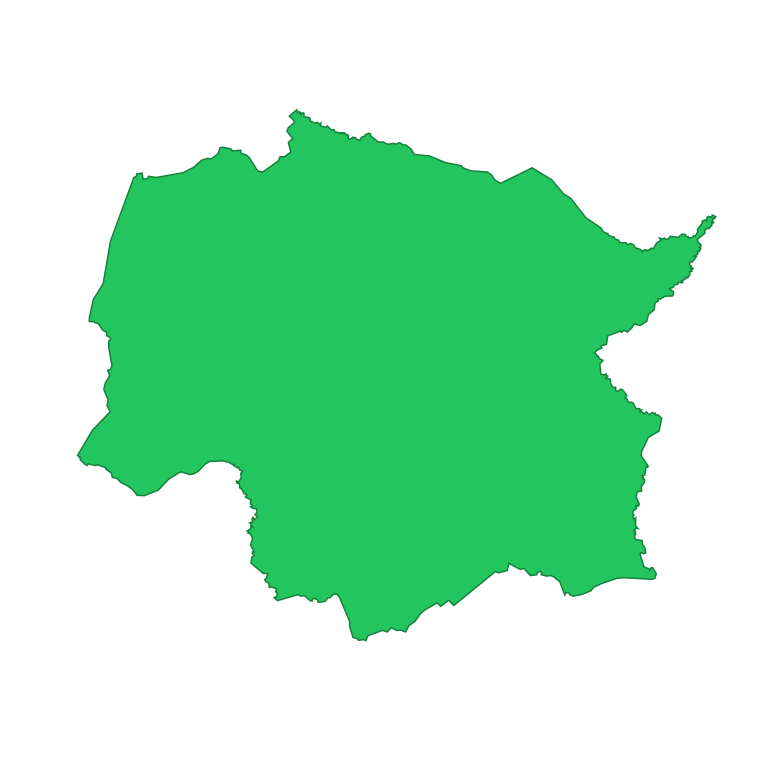 the district of Mueang Udon Thani, Udon Thani, Thailand, rotated 279°
{"feature_id": "78962969B37195167988634", "entity_name": "Mueang Udon Thani", "entity_type": "district", "adm_level": 2, "iso_a3": "THA", "parent_name": "Thailand", "parent_adm1": "Udon Thani", "projection": "robinson", "projection_center": [102.8, 17.39], "detail": "fine", "context": "isolated", "style": "filled", "palette": "green", "viewbox_px": 768, "rotation_deg": 279, "n_neighbors": 0, "source": "geoboundaries", "source_scale": "gbopen_adm2", "svg_char_len": 6134}
<svg xmlns="http://www.w3.org/2000/svg" viewBox="0 0 768 768"><g transform="rotate(279 384 384)"><path d="M235.4,157.5L236.2,164.7L243.8,177.6L256.6,186.5L264.6,195.8L265.5,197.5L264.2,206.3L265.5,210.1L268.9,214.4L276.7,219.7L280.2,223.9L282.8,236.6L282.3,243.1L280.6,247.4L281.1,249.1L279.6,248.6L278.3,252.1L279.1,253.3L276.4,254.9L275.9,258.1L273.2,256.4L269.5,257.7L264.7,256.0L265.1,253.5L263.2,254.0L262.9,256.7L258.7,257.9L257.9,260.0L254.0,262.8L253.1,266.1L250.6,264.8L248.6,270.9L244.8,270.6L243.2,273.3L241.8,271.3L240.5,274.7L241.1,277.1L237.6,278.8L234.7,277.0L233.0,280.1L229.9,277.2L231.8,275.5L229.9,274.7L227.7,276.0L226.0,273.4L226.0,274.7L225.0,274.1L222.4,276.6L222.6,274.7L220.5,275.3L217.4,271.9L217.3,273.4L215.4,273.0L215.4,275.1L211.3,278.3L203.8,277.5L198.0,282.0L197.5,280.3L196.0,280.5L194.5,282.7L192.3,280.6L186.3,280.6L178.0,294.4L178.5,298.9L173.2,298.2L172.5,296.9L170.6,297.6L169.3,301.2L165.1,302.6L165.9,304.4L165.0,310.2L161.7,309.5L161.4,311.0L157.3,311.5L155.9,308.9L153.4,312.7L162.4,331.9L161.5,335.0L162.4,338.6L158.4,345.1L158.4,347.0L160.6,347.3L161.3,349.1L160.2,352.4L158.2,353.0L159.1,357.4L160.4,360.0L164.2,362.2L164.5,364.0L168.6,367.2L169.1,370.2L166.7,373.2L144.1,387.2L139.4,387.9L128.8,393.0L128.3,397.3L126.9,398.8L128.3,404.0L127.7,406.3L132.8,407.4L140.5,421.2L139.5,425.9L144.3,429.3L142.6,435.4L143.5,439.0L142.5,444.2L149.2,446.4L154.5,451.8L163.5,456.3L168.0,460.6L176.2,470.8L173.2,474.7L180.4,481.7L176.2,487.6L216.2,523.4L215.5,526.6L219.0,534.8L226.3,535.5L222.2,547.4L223.8,551.0L217.7,558.5L219.5,564.7L221.9,565.0L223.3,567.5L222.7,569.2L220.3,569.1L219.7,574.7L220.9,578.6L220.0,581.9L216.1,588.6L204.0,595.6L205.9,595.9L207.0,598.9L204.8,600.8L204.1,604.1L207.2,612.5L212.3,620.9L215.7,622.5L220.6,629.5L228.3,644.1L230.2,651.0L233.0,679.2L234.3,681.9L239.1,682.6L244.6,678.1L244.2,676.4L241.6,675.5L242.9,674.5L244.1,669.3L256.2,663.4L257.7,664.3L257.1,667.1L258.0,668.9L263.1,667.3L265.9,664.3L269.8,663.4L269.7,656.9L272.3,655.3L275.9,656.0L275.6,654.8L277.9,655.1L278.8,653.9L281.2,656.0L281.1,657.4L283.3,654.6L291.3,653.5L289.4,651.9L291.5,650.6L293.5,651.3L295.2,649.7L297.6,649.9L300.5,653.0L303.3,651.9L303.2,654.5L305.3,654.9L311.6,650.9L315.5,650.8L317.0,651.1L318.7,655.3L322.0,653.9L327.5,656.5L330.2,656.3L330.5,654.5L331.8,655.3L333.8,653.2L335.0,655.8L343.1,655.8L343.0,657.4L344.2,657.8L352.9,649.6L357.0,648.8L372.7,653.5L380.5,663.0L393.5,663.6L396.3,659.8L396.0,657.2L397.7,656.5L396.7,655.3L398.0,653.7L395.1,650.6L397.5,647.5L395.1,645.7L396.8,643.2L396.7,641.3L398.5,642.4L398.0,641.3L399.7,640.3L399.1,636.8L403.9,633.3L404.8,631.7L404.0,629.2L405.5,626.8L407.0,626.7L408.0,624.2L410.6,625.7L415.6,620.5L415.9,618.5L413.3,616.0L413.5,614.0L416.9,613.3L416.5,610.7L419.6,607.9L424.2,606.7L424.3,602.1L426.7,603.8L427.3,601.7L428.7,601.6L427.3,599.1L427.6,596.7L437.5,594.0L441.6,596.6L442.8,592.5L444.9,591.5L444.4,589.8L446.3,589.6L447.4,586.9L450.7,589.0L453.6,593.5L455.0,592.4L456.4,593.6L457.8,597.5L466.6,597.5L473.3,609.4L472.1,610.5L474.6,612.6L473.4,616.1L478.1,620.0L482.6,621.8L481.8,627.7L487.0,633.7L494.1,634.4L499.5,639.2L506.7,639.0L508.6,641.8L511.0,641.5L511.1,643.4L514.8,648.2L516.0,655.0L518.0,656.0L520.4,655.3L522.7,651.0L525.0,654.7L527.5,655.4L528.2,658.4L530.4,659.0L530.7,663.0L532.0,663.2L532.4,661.9L535.4,665.7L536.8,665.2L536.4,667.4L539.7,669.0L542.8,668.4L543.4,670.4L544.6,669.6L545.7,671.0L546.2,669.7L546.9,671.3L546.8,668.3L548.4,669.1L549.2,667.2L551.8,666.9L552.9,667.8L552.6,669.2L555.2,670.9L558.8,672.6L558.8,670.1L561.2,673.5L564.2,673.2L563.8,674.4L567.1,675.7L568.2,673.9L568.4,675.3L571.1,675.3L573.0,672.2L575.7,670.7L583.1,677.4L586.4,676.9L588.4,678.8L588.3,680.6L592.3,683.1L594.9,682.4L594.6,684.1L595.5,684.3L595.9,683.0L598.9,682.9L599.2,684.8L601.2,685.4L602.2,682.0L599.9,681.0L600.4,678.6L599.2,677.0L596.0,677.2L596.3,675.5L594.6,672.7L593.1,673.3L585.4,669.4L584.1,670.3L578.6,668.3L578.8,666.6L576.9,665.6L576.0,662.2L577.2,661.3L576.8,659.1L578.9,658.3L578.6,654.9L574.9,651.8L574.6,643.6L571.6,642.0L570.9,639.8L572.0,638.0L570.7,636.2L571.3,633.3L568.9,634.9L566.5,631.5L559.7,628.7L560.1,627.0L556.8,623.5L557.6,621.6L556.6,619.0L555.0,618.3L557.0,616.3L558.0,610.7L560.7,608.6L561.3,605.5L559.6,602.7L561.4,600.7L560.5,595.2L563.2,592.4L562.8,590.0L565.1,588.4L565.7,582.6L567.3,581.9L568.7,576.7L571.9,574.2L579.9,557.2L596.6,539.4L599.9,531.6L612.0,517.6L620.7,496.5L600.4,467.7L602.8,461.6L607.5,457.4L609.5,452.8L608.1,436.1L609.8,428.4L611.7,426.1L612.3,410.0L616.4,393.0L615.4,378.0L620.3,374.0L623.4,368.5L623.2,365.6L624.8,361.6L622.6,358.2L623.2,356.4L621.3,349.6L622.9,345.4L622.1,340.6L626.8,332.1L629.0,331.5L629.3,329.4L626.8,326.2L625.8,326.5L624.2,323.1L621.1,322.4L621.4,318.7L623.0,316.9L622.0,315.4L623.0,314.7L620.2,312.2L621.0,310.1L623.8,310.0L624.8,308.4L624.5,305.7L625.9,305.7L625.3,301.4L624.4,301.5L625.5,298.5L624.9,296.3L627.3,295.1L626.8,292.0L629.9,287.7L628.4,285.9L629.0,280.7L631.8,280.9L630.8,279.9L632.0,276.9L630.6,275.0L632.3,270.2L635.3,269.0L635.6,263.1L638.9,262.6L639.1,261.2L637.8,260.4L639.7,258.5L638.0,259.0L639.9,256.9L638.7,255.8L641.1,254.8L633.7,248.6L631.0,252.9L628.2,254.6L622.1,249.3L618.4,248.6L612.0,255.5L607.8,251.7L598.5,255.6L592.9,250.2L592.2,245.8L588.0,244.9L574.3,230.9L574.7,226.0L586.8,215.2L588.6,212.2L589.5,206.6L592.5,205.9L590.5,197.8L592.1,196.4L592.7,187.9L591.8,185.2L585.2,184.0L579.2,178.1L579.3,174.6L576.6,169.0L568.2,162.1L561.2,152.4L552.3,126.6L552.3,118.8L550.0,118.6L548.6,114.0L554.5,112.0L552.9,107.1L550.5,106.9L548.8,104.6L482.2,91.5L439.2,90.9L421.9,83.7L403.8,82.6L399.6,83.1L400.3,87.9L399.3,88.5L399.1,92.3L393.3,97.6L391.4,102.1L388.3,102.7L387.0,106.2L384.9,106.8L383.2,105.4L376.6,106.5L360.1,112.3L356.2,111.9L354.3,109.0L349.4,111.8L341.4,108.6L334.8,108.1L325.4,113.9L319.1,113.9L313.8,117.9L292.8,103.3L265.6,92.5L264.1,94.4L264.7,95.1L261.8,95.8L257.7,101.5L257.2,103.9L258.9,104.3L258.3,111.7L259.4,113.6L257.8,122.2L256.7,122.4L253.3,128.8L249.2,130.3L249.0,135.0L245.7,139.3L243.1,147.1L240.1,152.6L235.4,157.5Z" fill="#22c55e" stroke="#15803d" stroke-width="1.5"/></g></svg>